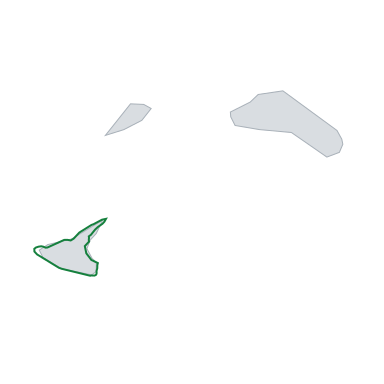 Andjouân highlighted on a map of Comoros, rotated 121°
{"feature_id": "COM-4936", "entity_name": "Andjouân", "entity_type": "state/province", "adm_level": 1, "iso_a3": "COM", "parent_name": "Comoros", "parent_adm1": "", "projection": "mercator", "projection_center": [44.402, -12.222], "detail": "fine", "context": "in_parent", "style": "outline", "palette": "green", "viewbox_px": 384, "rotation_deg": 121, "n_neighbors": 0, "source": "natural_earth", "source_scale": "10m", "svg_char_len": 1164}
<svg xmlns="http://www.w3.org/2000/svg" viewBox="0 0 384 384"><g transform="rotate(121 192 192)"><path d="M107.6,197.5L103.7,200.3L84.9,188.4L74.3,185.5L58.5,166.2L64.6,99.4L69.6,90.8L73.4,87.3L82.1,86.1L92.6,94.4L89.8,137.4L103.8,166.4L112.8,189.3L107.6,197.5ZM314.7,235.3L325.0,264.2L324.9,286.0L320.5,293.0L311.3,288.5L294.4,271.1L262.1,254.1L276.9,252.7L285.6,254.5L294.7,252.9L300.4,243.4L301.6,237.7L309.6,233.2L314.7,235.3ZM173.7,282.6L188.1,295.4L148.1,290.1L141.8,278.5L141.5,270.0L156.4,271.9L173.7,282.6Z" fill="#d9dde1" stroke="#a8b0b8" stroke-width="1"/><path d="M325.5,267.0L325.3,292.6L324.2,296.4L321.9,297.9L320.0,297.2L317.9,295.4L316.2,293.3L315.5,291.4L315.1,288.8L314.0,287.3L298.9,276.9L297.2,274.2L296.0,271.0L292.9,269.4L284.8,267.7L272.0,261.2L270.3,259.8L262.1,254.9L259.3,251.9L262.6,251.8L265.4,252.4L270.6,254.7L274.2,255.7L280.8,256.6L283.2,257.6L284.3,256.7L286.4,255.7L287.4,254.7L293.6,256.0L299.0,251.0L302.1,243.2L301.4,236.1L303.4,235.5L306.2,233.9L308.4,233.3L309.5,232.8L310.3,232.2L311.3,231.7L312.7,231.7L313.9,232.6L315.5,235.5L316.2,236.1L324.9,264.1L325.5,267.0Z" fill="none" stroke="#15803d" stroke-width="2"/></g></svg>